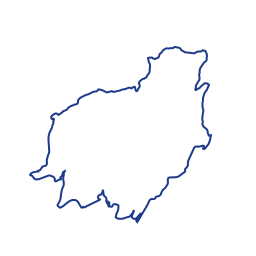 Kalimantan Tengah, Equal Earth projection, rotated 15°
{"feature_id": "IDN-1931", "entity_name": "Kalimantan Tengah", "entity_type": "Province", "adm_level": 1, "iso_a3": "IDN", "parent_name": "Indonesia", "parent_adm1": "", "projection": "equal_earth", "projection_center": [113.429, -1.416], "detail": "fine", "context": "isolated", "style": "outline", "palette": "blue", "viewbox_px": 256, "rotation_deg": 15, "n_neighbors": 0, "source": "natural_earth", "source_scale": "10m", "svg_char_len": 5815}
<svg xmlns="http://www.w3.org/2000/svg" viewBox="0 0 256 256"><g transform="rotate(15 128 128)"><path d="M161.3,216.5L160.6,216.1L160.1,215.6L159.8,214.9L159.8,214.1L160.2,213.4L160.8,213.1L161.0,212.6L161.8,209.7L162.6,208.4L162.9,207.7L163.1,206.7L161.8,208.3L160.6,210.9L159.3,213.3L157.3,214.2L156.2,214.1L155.3,213.6L154.7,212.7L154.6,211.2L155.2,206.9L155.1,205.8L154.8,206.6L154.5,208.6L154.4,209.6L154.3,209.8L153.8,210.2L152.6,213.1L150.6,214.3L149.5,214.8L147.5,216.3L145.2,217.4L141.9,218.2L139.3,217.5L139.0,214.2L139.4,212.4L139.6,210.6L139.6,208.7L138.9,205.6L138.6,205.1L138.0,204.9L135.2,204.9L134.5,205.1L133.9,205.5L133.4,206.2L133.0,207.9L132.5,208.3L130.6,208.6L130.2,208.4L129.9,207.9L129.7,206.3L129.4,205.5L129.0,204.8L128.5,204.6L129.9,208.3L130.1,209.4L128.4,206.9L127.0,205.7L126.5,205.2L126.2,204.7L125.7,203.4L125.5,202.0L125.3,201.6L124.6,200.9L123.9,200.3L122.9,199.9L122.0,199.3L119.8,194.1L119.9,197.2L119.3,199.1L118.9,199.5L118.4,199.5L118.1,199.7L117.0,201.2L116.8,202.1L117.0,203.0L117.7,203.8L118.0,204.0L119.4,204.3L119.4,204.6L108.0,214.5L106.9,215.7L106.3,216.0L105.1,215.7L104.9,215.9L104.8,216.3L104.6,216.7L103.9,216.9L103.2,216.7L98.9,212.4L97.5,211.6L96.0,211.2L92.8,211.9L90.0,214.2L85.3,220.5L83.9,222.0L83.1,222.5L82.5,222.5L81.9,222.0L80.4,221.4L79.9,220.8L79.9,219.9L80.6,218.0L80.8,217.1L81.1,214.3L81.0,213.3L80.1,205.8L80.2,203.8L80.7,200.2L80.4,198.3L78.4,193.4L78.2,191.7L78.2,189.8L77.6,189.3L77.5,188.9L77.6,188.0L78.1,186.8L78.1,186.0L77.7,186.3L77.2,186.9L76.7,187.6L76.6,188.3L76.8,190.8L76.7,191.3L76.1,192.0L75.5,192.9L75.5,193.2L75.6,193.6L76.0,193.8L76.5,194.5L76.6,194.8L76.5,195.0L76.2,195.0L74.7,195.8L72.6,197.9L72.2,198.2L71.6,198.3L71.0,198.0L70.7,197.3L70.4,195.9L69.4,194.9L68.2,194.4L65.4,194.1L64.2,194.2L63.3,194.7L55.6,200.2L53.2,201.3L51.7,201.5L50.6,201.1L47.9,199.1L47.3,198.9L46.1,198.9L45.6,198.6L45.7,198.0L46.0,197.3L46.3,196.8L47.3,195.7L48.3,195.1L49.5,194.6L52.2,193.1L52.5,193.1L52.3,192.5L53.5,191.8L53.8,191.5L54.5,190.2L55.0,188.3L55.3,187.6L55.8,187.2L58.1,185.8L58.7,184.8L58.9,184.3L58.9,183.6L58.8,182.9L58.5,182.0L58.1,180.9L57.9,180.3L57.8,179.0L57.8,175.0L58.2,172.4L58.1,171.4L54.0,159.2L53.5,156.8L53.4,153.8L53.4,153.0L54.4,147.8L54.4,144.7L54.7,143.0L54.7,142.4L54.5,141.9L54.1,141.3L54.0,141.0L54.3,139.9L54.3,139.3L54.2,138.7L53.9,138.4L53.7,138.3L52.3,139.0L52.0,138.9L51.6,138.5L51.3,138.0L51.0,137.5L50.9,137.0L51.0,136.7L51.2,136.3L52.2,134.6L52.8,133.9L54.0,132.9L54.7,132.5L55.3,132.5L56.6,132.9L57.1,133.3L57.5,133.3L57.9,133.0L59.1,131.4L59.7,130.9L60.8,129.1L61.5,128.2L63.1,127.1L64.2,126.2L64.9,124.3L65.3,123.6L65.6,123.3L66.3,122.4L67.1,121.6L69.0,120.4L69.5,119.6L71.3,118.8L72.4,118.0L72.8,117.5L73.1,116.7L73.0,116.1L72.7,114.8L72.7,114.3L72.8,113.7L73.0,113.1L74.0,111.4L74.8,110.5L78.0,107.6L81.6,105.2L85.1,102.0L88.0,100.8L88.9,99.8L89.1,98.9L89.3,98.5L89.6,98.3L90.0,98.2L93.9,98.2L95.6,98.6L96.9,98.8L98.0,99.1L98.5,99.0L101.5,97.4L102.7,96.6L103.1,96.6L104.1,96.9L104.9,96.8L110.7,93.8L111.9,92.7L115.2,91.1L116.2,90.5L117.1,89.7L118.8,88.7L119.5,88.6L120.6,88.8L121.4,88.7L122.2,87.3L122.7,87.1L123.6,86.5L123.9,86.5L124.4,87.1L125.1,88.7L126.0,89.9L126.3,90.1L127.0,90.1L127.3,89.7L127.8,87.4L128.5,85.6L128.5,85.0L128.5,84.5L127.9,83.1L127.7,82.8L127.1,82.4L126.9,82.1L126.8,81.8L126.9,80.8L127.5,79.5L129.3,77.0L129.7,76.7L131.0,76.1L131.8,74.9L132.5,74.6L132.7,74.3L132.8,73.3L133.3,71.5L134.3,69.1L134.3,68.0L133.6,64.9L133.6,63.7L133.4,63.0L132.7,60.9L132.3,60.2L131.1,58.9L130.7,58.4L130.1,56.9L129.2,55.2L130.4,54.5L131.6,54.2L132.5,53.8L133.2,53.8L134.3,54.4L135.3,54.3L136.0,54.5L136.4,54.3L136.8,54.0L137.9,52.8L138.2,52.6L139.0,52.3L139.2,51.8L139.4,50.8L139.4,49.3L139.5,48.6L139.7,47.9L140.7,46.6L141.6,44.2L141.9,43.7L142.6,43.1L143.2,42.1L144.0,41.4L144.9,41.0L147.0,40.6L148.4,39.8L150.3,39.4L150.7,39.2L151.0,38.9L151.8,37.9L152.4,37.5L152.9,37.5L154.3,37.5L155.7,37.3L157.2,37.4L158.1,37.8L158.9,38.7L159.4,39.0L163.5,40.1L172.8,38.7L173.5,38.1L174.2,37.2L175.2,36.4L176.8,35.7L178.4,35.3L179.1,34.9L179.4,34.7L179.7,34.0L180.0,33.6L182.1,33.5L182.6,33.5L183.0,33.7L183.2,34.0L183.5,34.7L184.4,35.4L184.7,35.8L185.2,37.1L185.5,37.6L185.7,38.0L185.8,39.9L186.3,41.5L186.3,41.9L186.3,42.5L186.1,43.1L184.6,44.9L182.8,49.9L182.4,51.5L182.3,52.2L182.3,54.0L182.9,56.0L182.9,58.2L184.2,61.2L184.4,62.4L184.4,62.9L184.4,63.4L183.3,66.7L182.8,68.9L182.7,70.2L182.8,70.6L183.1,71.2L183.1,71.6L183.0,72.7L183.1,73.2L183.4,73.8L183.9,73.7L185.0,72.2L186.6,71.1L187.0,70.4L187.3,69.7L189.9,65.7L190.7,64.8L191.2,64.8L192.8,64.5L194.8,65.2L195.1,65.5L195.1,65.8L194.8,67.2L194.3,70.7L193.3,73.3L193.0,74.0L192.8,75.6L192.7,78.8L192.7,79.6L193.3,82.0L193.4,84.2L194.0,86.7L194.5,88.3L196.2,91.4L196.4,92.1L196.5,92.9L196.5,94.7L197.3,99.9L197.5,100.4L198.5,102.2L198.7,102.9L198.8,104.8L199.0,105.3L200.7,107.1L201.4,107.6L202.5,107.9L203.5,108.6L204.3,108.8L205.1,109.5L205.7,110.4L206.3,112.1L207.1,112.9L207.4,113.6L207.9,114.3L208.3,114.5L209.3,113.8L210.0,113.5L210.4,118.9L210.2,119.5L210.1,121.7L209.9,122.7L208.2,126.8L207.7,127.8L207.2,128.5L206.8,128.7L205.8,128.5L206.1,126.5L206.1,125.9L205.9,125.6L205.5,125.6L204.7,125.8L201.8,127.5L199.2,128.1L197.7,128.8L197.4,129.2L197.1,129.7L196.9,130.6L194.8,143.3L194.7,144.8L194.9,146.1L195.5,148.4L195.4,149.4L194.9,150.9L194.3,151.9L193.9,152.8L193.8,153.3L194.5,155.3L189.9,161.1L188.8,162.2L188.0,162.7L186.5,163.3L180.7,165.1L179.9,165.7L179.8,167.9L180.4,169.5L180.7,170.0L180.8,172.0L180.7,172.5L180.1,174.3L179.5,176.2L178.0,178.3L177.6,179.1L177.1,180.9L176.8,183.8L176.5,184.5L175.4,185.8L173.2,186.9L172.9,187.2L172.7,187.5L172.7,188.0L172.5,188.7L172.2,189.2L171.8,189.7L171.1,190.0L168.6,190.7L168.4,190.9L167.6,192.3L167.3,193.4L166.6,197.6L161.3,216.5Z" fill="none" stroke="#1e3a8a" stroke-width="2"/></g></svg>